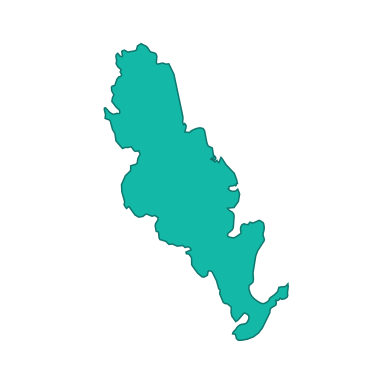 the Unitary District of Dumfries and Galloway, rotated 255°
{"feature_id": "GBR-2138", "entity_name": "Dumfries and Galloway", "entity_type": "Unitary District", "adm_level": 1, "iso_a3": "GBR", "parent_name": "United Kingdom", "parent_adm1": "", "projection": "equal_earth", "projection_center": [-4.095, 55.048], "detail": "fine", "context": "isolated", "style": "filled", "palette": "teal", "viewbox_px": 384, "rotation_deg": 255, "n_neighbors": 0, "source": "natural_earth", "source_scale": "10m", "svg_char_len": 4021}
<svg xmlns="http://www.w3.org/2000/svg" viewBox="0 0 384 384"><g transform="rotate(255 192 192)"><path d="M348.5,181.2L345.6,184.3L345.1,185.0L344.1,185.8L343.1,186.4L338.8,187.8L338.1,188.3L335.9,191.9L335.4,192.5L334.7,192.9L332.5,193.2L331.6,193.0L326.4,191.1L325.7,191.0L324.9,191.3L324.4,192.1L324.2,196.4L324.1,197.2L322.3,199.8L321.8,202.8L310.4,205.0L267.6,202.7L265.3,202.3L263.2,201.5L261.2,200.9L259.3,201.5L259.7,201.8L259.8,201.9L259.9,202.0L260.1,202.7L257.9,203.5L255.7,202.9L251.9,200.5L250.1,205.0L251.2,206.8L251.9,210.1L252.2,213.7L251.9,216.4L250.5,219.1L248.2,220.0L235.7,219.1L232.2,219.5L229.3,223.0L219.7,222.0L220.1,222.8L220.7,223.2L219.4,223.8L218.4,223.7L217.6,223.0L216.9,222.0L218.4,219.9L219.1,220.1L219.7,220.9L219.5,219.7L219.3,219.2L218.8,218.6L217.2,220.5L215.1,222.0L215.8,223.7L216.1,224.3L215.2,224.5L213.3,225.6L217.9,228.9L216.6,229.7L209.6,231.9L199.0,237.7L192.6,238.3L188.4,238.1L188.4,236.9L187.9,236.7L187.5,236.6L187.0,236.3L186.7,235.9L187.1,235.4L187.5,234.8L187.5,234.7L187.3,233.0L187.8,230.8L187.5,229.1L185.7,228.5L185.6,227.8L183.6,229.0L182.1,231.4L181.6,234.2L182.9,236.9L177.7,237.5L170.8,234.3L166.1,228.6L167.2,222.0L165.2,222.8L162.0,225.8L159.8,226.6L157.8,226.4L147.8,223.0L146.2,222.1L145.0,220.9L143.8,218.5L143.1,216.7L142.2,215.5L140.0,215.1L139.2,215.8L138.2,217.5L137.2,219.6L136.9,221.4L138.1,225.3L139.1,227.8L140.0,228.9L142.2,229.0L144.1,229.4L145.8,230.2L147.4,231.8L147.9,233.9L146.7,235.8L146.0,237.8L147.9,240.3L146.2,242.7L146.7,246.2L147.3,249.4L146.4,250.7L145.7,251.1L145.0,251.9L144.1,252.7L142.7,253.0L139.6,252.7L136.8,251.8L133.4,249.9L132.1,249.5L127.3,249.6L126.1,248.9L118.3,240.3L113.9,237.1L98.1,230.0L92.0,228.8L89.1,227.5L86.7,222.8L83.8,221.9L78.7,222.0L75.4,223.0L72.4,224.7L69.7,226.8L67.6,228.9L66.4,230.4L65.9,231.3L65.7,232.2L65.7,233.4L66.0,234.8L66.6,236.8L67.7,238.5L69.0,239.2L69.9,241.0L71.4,245.0L73.6,248.9L77.4,251.3L77.4,252.8L76.7,255.8L76.7,257.4L76.7,258.2L78.5,260.9L75.6,260.4L69.8,258.1L67.0,257.6L65.7,256.4L64.9,253.8L65.1,251.0L66.6,249.5L65.6,248.5L65.1,247.4L65.1,246.2L65.7,244.9L63.2,244.7L62.1,244.4L61.2,243.8L60.6,242.3L60.0,240.0L59.2,237.8L57.9,236.9L55.2,235.9L42.5,224.8L38.6,219.8L36.2,213.9L35.5,207.3L36.0,201.3L36.9,198.3L38.8,197.0L41.7,197.1L43.2,196.9L43.8,196.4L44.4,194.5L45.8,195.3L47.1,197.2L47.5,198.1L49.5,200.4L50.5,202.0L51.2,203.8L51.3,205.6L51.0,209.6L51.6,211.2L53.4,213.0L55.6,214.5L58.0,214.7L60.4,213.0L60.8,212.3L61.4,211.7L61.4,210.6L56.6,203.6L55.9,202.1L55.5,200.7L61.6,198.4L65.4,198.5L70.0,200.0L71.4,199.7L74.8,197.3L75.8,194.9L77.3,193.6L86.7,192.4L90.1,193.9L91.6,192.8L100.0,192.7L109.5,190.8L110.9,189.6L111.4,188.1L111.0,186.9L107.6,185.4L106.7,181.8L107.3,179.8L112.2,176.4L120.3,173.3L121.9,172.9L128.6,174.5L131.5,173.5L132.7,173.0L133.8,170.6L135.5,170.6L136.3,176.1L138.0,176.0L140.1,174.3L140.2,170.9L142.6,169.5L143.6,163.6L146.8,159.7L147.4,156.1L151.1,154.0L154.4,148.7L156.1,148.3L161.4,149.2L162.3,149.0L163.2,147.2L168.9,147.7L170.9,148.6L173.8,151.8L176.0,152.6L179.0,150.0L178.9,147.2L182.7,142.1L181.1,138.1L181.5,134.1L184.7,130.9L193.7,127.6L194.3,127.1L193.0,124.5L194.3,123.9L196.4,123.3L197.3,123.1L199.9,124.4L210.4,124.3L217.4,125.8L225.0,131.9L228.5,138.2L233.2,139.6L233.3,144.8L234.1,146.5L238.2,148.3L242.1,151.7L245.5,151.1L245.9,147.9L246.8,146.8L251.5,145.0L251.5,141.8L252.3,139.2L252.0,136.1L261.0,131.8L268.6,132.7L273.0,131.4L281.8,131.4L283.0,130.8L285.6,127.1L289.1,128.5L294.2,128.6L295.8,129.2L295.7,130.3L290.1,133.2L287.4,135.9L287.4,139.8L286.6,141.8L287.4,142.9L289.9,143.1L293.3,140.9L300.2,138.0L303.7,139.6L306.1,141.7L310.6,140.6L314.1,141.3L314.9,142.3L314.9,145.0L320.5,148.8L322.2,151.1L322.0,153.1L323.5,154.4L326.6,153.7L328.5,155.2L331.9,152.9L335.5,151.9L338.3,153.2L342.7,153.6L344.4,154.5L345.2,156.2L341.8,157.7L340.8,159.4L341.8,160.2L345.8,160.4L346.5,161.4L346.5,163.4L343.8,166.2L343.1,173.9L344.0,175.4L347.2,177.1L348.4,181.1L348.5,181.2Z" fill="#14b8a6" stroke="#0f766e" stroke-width="1.5"/></g></svg>